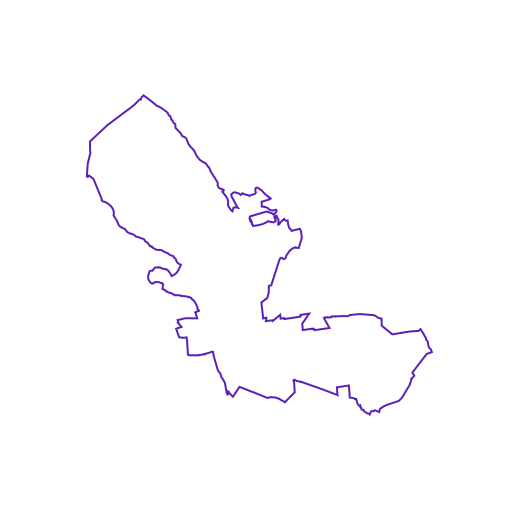 Chalco, México, Mexico (Robinson projection), rotated 247°
{"feature_id": "50627088B19428409009484", "entity_name": "Chalco", "entity_type": "district", "adm_level": 2, "iso_a3": "MEX", "parent_name": "Mexico", "parent_adm1": "México", "projection": "robinson", "projection_center": [-98.836, 19.238], "detail": "fine", "context": "isolated", "style": "outline", "palette": "violet", "viewbox_px": 512, "rotation_deg": 247, "n_neighbors": 0, "source": "geoboundaries", "source_scale": "gbopen_adm2", "svg_char_len": 6082}
<svg xmlns="http://www.w3.org/2000/svg" viewBox="0 0 512 512"><g transform="rotate(247 256 256)"><path d="M248.0,295.9L246.7,298.5L254.9,305.3L261.2,307.1L263.9,307.0L265.2,298.6L266.1,298.7L268.9,297.5L272.1,297.9L276.4,299.0L276.7,297.5L277.7,296.6L278.7,296.5L278.5,296.1L279.0,296.0L277.3,291.2L276.3,290.2L276.1,289.7L276.2,288.7L279.7,290.5L281.3,291.0L282.3,290.5L285.0,290.7L284.9,289.1L284.2,289.5L283.6,289.1L283.6,288.3L284.9,288.4L284.8,288.1L280.7,288.0L280.5,287.9L280.1,286.0L280.1,285.3L280.3,284.9L281.7,282.7L283.4,280.7L283.0,279.4L282.8,274.5L283.6,269.6L284.9,264.9L286.3,265.1L286.8,264.8L287.0,265.1L288.0,265.0L288.3,265.2L288.8,264.9L289.1,265.0L289.4,265.0L289.7,265.4L290.0,265.4L289.7,265.1L289.8,264.5L290.7,264.5L291.8,264.9L291.8,264.7L292.8,264.6L293.3,264.8L294.8,265.9L292.8,283.1L288.6,287.9L287.5,288.1L287.1,288.5L287.6,290.0L288.1,290.4L288.4,291.5L289.1,292.3L289.6,292.6L290.7,292.6L291.1,291.1L291.1,289.7L291.8,288.4L292.9,286.9L293.7,286.2L294.3,286.2L295.6,285.5L296.7,284.5L297.5,283.4L297.8,282.7L298.3,282.7L299.3,280.6L303.7,282.4L302.9,290.5L303.1,291.8L304.3,291.1L304.3,291.4L309.2,288.6L314.5,286.7L315.4,285.9L317.3,285.0L318.6,283.6L318.8,282.6L317.8,281.6L316.1,280.8L314.6,280.7L313.7,279.7L314.0,274.6L313.9,273.4L314.4,273.4L315.1,272.3L317.8,269.0L319.1,268.0L318.2,265.8L320.3,264.6L322.9,261.5L323.2,260.0L322.5,257.3L320.0,256.7L319.2,257.0L318.4,256.9L318.1,257.1L316.4,257.2L316.3,257.4L315.3,257.2L314.0,257.6L313.0,257.4L311.5,257.7L310.3,257.5L310.0,257.8L309.2,257.7L307.5,258.2L308.6,256.6L309.3,254.2L306.4,251.8L308.0,250.9L312.1,250.1L314.1,250.2L317.4,251.9L318.6,251.8L318.9,252.0L320.0,252.0L322.7,251.7L328.4,250.1L328.6,250.7L328.7,251.6L329.1,252.1L329.9,251.9L332.1,249.3L333.5,248.4L335.9,248.2L337.3,249.0L338.6,249.3L339.9,249.3L341.5,248.9L344.1,248.7L346.1,248.1L348.1,248.0L350.4,247.4L355.3,247.4L358.5,246.4L360.9,246.0L363.6,243.6L366.4,241.9L371.2,240.5L377.1,240.2L378.3,239.9L382.7,238.2L385.2,237.6L391.2,237.8L392.1,237.6L393.1,237.0L394.8,235.2L396.0,234.8L398.0,234.8L405.0,232.1L405.5,232.0L408.9,233.2L409.6,233.0L410.6,232.2L412.0,232.0L413.4,232.1L414.3,231.4L417.5,231.7L418.4,231.6L419.4,230.7L422.2,230.6L423.9,229.9L429.4,226.6L432.1,224.5L432.4,223.8L440.7,219.4L447.8,215.2L446.6,212.4L445.0,211.2L445.5,209.8L442.5,202.6L434.6,170.6L426.3,147.9L417.4,144.3L416.1,144.2L406.6,137.1L395.4,131.4L394.5,132.0L395.3,133.7L390.4,136.5L369.9,136.3L367.2,135.8L366.4,136.0L365.3,137.5L364.0,138.8L361.8,140.3L358.9,141.8L357.4,142.3L355.3,142.6L353.5,142.6L350.6,141.8L348.9,140.7L342.2,141.8L339.0,141.7L337.3,141.9L335.1,143.2L332.0,145.9L328.0,147.0L327.1,148.0L325.7,148.9L325.2,150.2L322.8,152.1L320.8,153.1L319.0,155.5L316.6,157.9L315.3,159.4L313.0,159.8L312.3,160.1L310.8,161.3L308.3,161.8L306.2,162.5L305.7,163.6L305.3,163.3L302.1,165.6L300.8,166.7L300.2,167.6L299.6,168.5L299.3,169.6L298.9,170.5L297.6,171.9L296.5,172.5L292.9,175.9L290.4,177.3L288.6,179.4L287.8,179.9L286.6,179.8L286.5,180.1L284.9,180.8L284.3,181.0L282.4,180.7L280.6,181.0L279.4,181.6L277.2,183.4L275.7,181.9L272.6,178.0L271.9,176.9L270.9,174.6L270.4,170.6L270.8,170.5L271.0,170.7L276.4,169.6L278.0,168.9L278.7,168.4L278.8,167.7L279.7,167.2L280.4,165.9L280.7,165.0L282.6,163.7L283.4,161.9L283.8,161.9L283.8,161.3L283.7,161.1L284.8,159.1L284.1,156.8L282.9,155.0L283.6,153.3L283.6,152.6L283.3,151.9L279.9,149.0L277.4,148.0L275.3,147.9L273.4,148.3L271.8,149.0L271.1,149.6L271.0,150.3L271.3,151.1L271.1,151.4L271.4,153.2L269.9,156.4L268.2,158.0L267.8,158.9L267.4,158.8L266.3,159.5L262.2,157.1L261.4,157.6L260.7,158.6L260.1,158.7L258.9,159.6L258.4,159.6L258.1,160.2L257.5,160.4L256.1,161.9L254.9,163.5L253.6,164.3L252.3,165.6L251.6,165.8L251.1,167.4L250.3,168.6L250.3,169.0L249.9,170.2L249.0,171.1L248.3,171.5L248.3,171.9L247.7,173.2L245.5,176.9L244.8,177.5L244.2,178.7L243.5,179.0L242.7,180.0L241.6,180.1L240.1,180.7L239.6,181.2L236.6,181.9L233.2,182.1L231.6,182.0L230.1,181.4L228.5,182.1L227.8,182.1L227.9,178.0L227.0,178.1L221.6,177.5L226.4,166.4L227.6,158.8L225.3,158.7L225.2,158.0L219.8,159.7L220.3,154.1L216.0,153.8L211.3,153.5L209.1,157.0L208.2,160.3L203.1,158.8L191.8,154.8L191.0,155.2L187.9,162.2L186.9,164.8L187.1,164.8L185.7,169.8L186.0,169.7L185.2,175.2L185.1,178.2L184.5,179.0L179.9,177.9L165.3,176.2L161.7,177.3L158.5,176.7L155.9,177.3L151.5,177.8L142.0,175.7L139.7,175.6L139.7,176.2L142.4,177.4L142.0,177.8L140.1,177.9L135.5,179.8L142.0,189.7L132.6,199.2L132.6,199.4L120.8,211.1L120.4,214.5L119.8,214.5L120.0,214.6L119.8,215.3L118.2,218.6L115.4,221.5L115.5,221.6L113.1,223.1L112.7,223.7L110.1,225.4L115.4,238.4L124.8,241.7L126.8,241.8L127.2,242.9L125.3,244.5L121.8,249.0L122.0,249.0L107.0,265.4L96.2,276.6L96.9,276.6L97.5,277.1L103.5,279.2L100.5,290.9L89.0,287.0L87.3,290.0L86.1,291.1L86.6,291.5L85.6,291.2L85.2,292.4L80.5,291.7L77.1,292.8L77.5,293.6L73.5,293.2L72.4,294.9L71.3,294.6L67.5,297.1L66.6,298.5L65.7,298.7L68.0,301.1L67.7,303.2L67.2,303.7L67.5,304.1L67.4,305.4L64.2,308.4L66.8,310.2L67.7,315.1L67.8,318.2L66.8,330.8L68.5,335.0L77.3,347.1L81.8,351.0L82.2,350.8L83.9,354.9L87.6,354.4L99.2,374.9L98.8,380.3L101.8,380.5L103.3,379.7L105.2,379.5L108.9,380.3L109.7,380.6L110.8,380.5L112.7,380.0L114.1,380.4L116.6,379.9L117.3,380.0L124.4,378.9L123.5,376.3L125.6,370.6L126.6,367.4L130.6,350.9L142.7,344.5L149.3,347.1L150.8,344.8L155.2,341.8L161.9,329.2L165.0,319.4L164.7,318.1L165.2,315.6L166.5,313.5L166.6,312.8L168.3,308.5L169.4,305.1L169.6,305.2L170.8,301.9L170.2,301.5L171.3,297.9L171.9,297.6L172.6,295.1L171.9,294.8L172.0,294.3L161.0,295.5L164.9,280.8L165.4,280.6L166.4,280.8L166.8,279.1L167.2,279.2L169.5,270.1L175.6,272.1L182.2,282.4L184.4,273.8L182.8,273.3L186.9,257.4L187.9,257.6L188.7,254.2L192.4,255.3L189.7,246.3L190.3,246.4L192.2,239.6L193.4,240.5L195.2,241.3L195.7,238.2L211.1,242.8L213.0,250.1L217.5,253.5L223.5,256.2L223.1,258.6L242.7,275.5L244.5,277.4L244.6,278.1L244.4,278.8L243.9,279.3L243.0,279.6L242.4,280.4L242.2,281.5L242.6,282.5L244.4,283.9L245.1,284.9L248.0,289.6L248.0,290.1L248.7,292.5L248.5,295.9L248.0,295.9Z" fill="none" stroke="#5b21b6" stroke-width="2"/></g></svg>